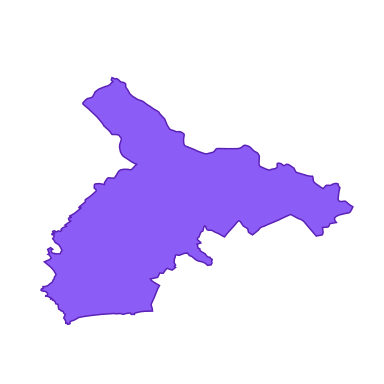 the district of Quynh Luu, Nghệ An, Vietnam, rotated 85°
{"feature_id": "81297802B4221517004962", "entity_name": "Quynh Luu", "entity_type": "district", "adm_level": 2, "iso_a3": "VNM", "parent_name": "Vietnam", "parent_adm1": "Nghệ An", "projection": "equal_earth", "projection_center": [105.608, 19.233], "detail": "fine", "context": "isolated", "style": "filled", "palette": "violet", "viewbox_px": 384, "rotation_deg": 85, "n_neighbors": 0, "source": "geoboundaries", "source_scale": "gbopen_adm2", "svg_char_len": 6050}
<svg xmlns="http://www.w3.org/2000/svg" viewBox="0 0 384 384"><g transform="rotate(85 192 192)"><path d="M248.7,345.2L254.0,339.8L255.4,338.6L258.0,336.7L262.1,334.7L263.5,335.2L264.2,336.1L264.8,336.5L266.1,336.7L267.3,337.8L269.1,338.7L269.8,339.4L270.6,340.8L272.8,344.1L273.4,346.9L273.2,348.7L273.5,348.9L274.4,348.6L275.0,348.6L275.3,349.1L275.4,350.4L276.6,351.0L277.3,350.3L278.0,348.4L278.1,347.0L279.5,345.4L280.3,344.8L281.2,344.6L281.8,344.8L282.3,345.3L282.4,346.6L283.0,346.9L283.2,346.7L283.2,345.6L283.6,344.6L285.1,341.8L285.7,341.5L285.9,342.2L286.4,342.2L286.3,340.8L286.5,340.3L287.1,340.0L287.6,340.3L288.2,339.0L288.8,338.4L289.4,337.9L291.0,337.6L291.5,337.4L291.8,337.0L291.9,336.1L292.1,335.5L292.6,335.2L294.0,335.3L297.1,335.0L298.0,333.4L298.9,332.9L299.6,331.1L300.0,330.7L301.4,330.4L302.7,329.1L303.1,328.9L305.8,330.6L306.7,330.6L309.5,329.1L311.7,329.2L311.7,327.7L311.9,327.5L312.8,327.6L312.9,327.3L312.8,325.5L312.6,325.1L312.2,324.8L311.0,325.0L310.2,324.0L309.5,320.9L307.1,315.5L306.6,310.3L306.2,302.4L306.0,293.1L306.2,280.5L306.8,277.7L306.7,275.7L306.9,273.6L307.9,271.3L307.3,268.1L307.1,264.9L307.3,263.9L307.7,263.6L308.5,263.3L308.7,263.0L308.8,262.6L308.6,261.4L309.0,260.1L308.8,259.9L307.9,259.8L307.6,259.3L306.8,254.0L306.7,249.3L307.2,241.7L304.6,241.8L301.6,242.4L300.6,242.5L300.0,242.3L293.6,238.7L285.6,234.7L282.4,232.5L278.4,238.0L276.6,240.1L275.0,241.1L274.1,233.9L273.6,233.3L269.9,231.2L270.5,227.8L267.4,225.2L265.9,223.5L268.1,218.6L265.7,214.9L264.7,216.0L263.4,214.7L261.2,215.8L259.3,215.8L256.9,215.2L255.7,214.5L254.3,214.2L253.1,213.3L253.7,211.6L253.9,210.1L252.4,204.7L252.6,201.8L255.2,200.0L256.2,197.8L259.7,194.3L260.8,192.6L261.2,192.0L262.6,187.6L263.1,186.6L264.1,185.1L266.4,182.9L266.3,179.4L264.7,178.3L262.8,178.4L261.2,177.8L260.6,178.0L260.1,179.0L258.6,179.8L258.2,181.6L257.7,182.4L254.7,184.3L252.4,187.6L251.0,189.1L249.3,189.1L248.9,189.6L248.7,190.8L245.7,191.1L244.4,191.6L244.4,190.5L244.2,190.2L243.5,187.6L243.0,187.7L240.2,190.5L239.2,190.9L238.2,190.3L237.4,188.9L233.2,187.0L232.5,186.2L231.9,184.6L228.4,183.4L227.0,182.7L227.1,182.0L227.6,181.4L230.1,180.8L231.1,179.9L231.5,179.0L231.9,175.6L233.6,173.2L235.7,169.3L239.6,163.6L235.7,159.9L228.7,152.3L225.4,149.1L224.9,148.1L224.9,147.5L225.5,146.6L230.4,143.8L233.4,139.7L236.9,139.3L238.5,137.5L240.0,135.4L235.7,129.1L234.1,127.6L233.0,126.0L232.4,123.0L231.4,120.5L227.4,107.9L226.3,105.3L223.2,96.5L223.1,95.6L223.6,94.6L227.5,88.8L228.8,86.0L229.8,84.6L231.1,83.2L246.7,72.1L246.1,66.2L246.0,65.9L245.1,65.4L243.5,64.9L238.7,65.1L238.8,60.2L238.7,59.6L238.1,58.7L235.7,57.4L235.5,57.0L235.0,50.8L232.9,52.1L231.4,52.4L230.5,52.2L229.2,51.0L227.8,47.9L226.7,40.6L226.5,37.9L226.2,36.9L225.7,36.2L223.8,34.8L220.8,33.0L218.3,36.3L214.7,39.8L214.5,40.3L214.4,41.1L214.5,44.3L214.1,45.8L213.8,46.3L213.4,46.6L211.8,47.1L204.9,45.7L200.6,44.3L198.6,45.6L197.6,45.8L196.8,45.6L196.0,47.5L196.0,48.6L196.4,51.0L197.4,53.2L197.4,53.9L197.0,57.4L197.4,58.2L199.8,60.7L200.0,61.3L194.5,68.0L193.1,69.3L192.2,69.9L191.5,70.1L187.4,70.3L186.8,70.6L186.7,71.9L185.9,75.4L181.6,86.1L181.2,86.6L180.7,87.0L177.2,88.3L173.9,92.3L172.8,94.0L172.7,95.8L173.6,97.2L173.8,98.1L171.4,101.1L170.8,103.0L170.8,103.8L171.1,104.6L172.4,104.9L173.9,104.8L174.6,105.0L175.2,105.6L176.0,107.2L176.2,110.3L176.6,112.0L176.9,112.3L177.0,112.9L175.7,116.1L172.5,121.8L172.1,122.2L171.3,122.6L169.5,122.8L162.6,121.8L161.4,122.0L159.6,122.8L158.6,123.6L156.3,127.0L152.8,129.8L151.7,131.1L151.0,132.3L150.3,134.2L150.0,135.6L150.4,136.7L151.9,138.9L152.4,140.1L152.8,142.6L151.9,153.2L150.9,162.9L151.0,163.5L151.2,164.2L153.5,166.4L154.2,167.5L155.3,174.2L155.0,175.6L153.9,178.4L151.5,183.4L149.9,186.0L145.8,194.2L145.3,195.0L144.4,195.6L142.6,196.0L138.7,195.8L134.6,194.8L133.6,194.9L132.7,195.8L131.4,197.5L130.8,199.0L130.5,202.7L129.1,205.2L128.3,207.4L127.3,208.8L123.4,210.8L116.8,212.9L111.6,217.0L109.5,218.1L108.9,218.7L105.8,223.1L102.9,226.5L101.0,229.1L97.7,232.7L97.1,233.5L95.6,237.0L95.0,238.2L91.6,242.7L90.5,243.8L88.5,245.5L85.1,246.9L82.0,248.7L81.4,248.8L79.0,248.7L78.4,248.8L77.9,249.2L77.0,250.4L76.1,253.4L73.9,255.3L72.4,257.2L72.7,258.0L72.4,259.1L71.1,261.7L73.4,262.7L75.2,261.2L76.2,262.7L78.0,264.5L78.9,266.7L79.5,269.7L81.2,275.3L81.6,276.3L83.9,279.9L86.3,281.2L88.5,282.8L89.2,284.1L89.8,287.8L90.1,288.6L91.0,289.9L93.7,292.9L94.6,293.0L95.1,292.8L100.4,287.6L108.9,280.1L115.7,275.3L118.5,274.0L122.9,269.9L125.0,268.3L127.2,267.1L127.8,266.4L128.1,263.1L128.6,260.6L129.6,259.5L132.0,258.0L133.0,257.8L133.6,257.9L138.5,259.9L141.0,260.3L145.7,259.8L148.5,258.7L150.4,257.4L156.7,249.5L158.7,246.5L159.5,244.7L164.4,250.4L164.5,251.0L163.7,254.9L163.4,258.3L163.8,261.2L164.4,262.5L165.2,263.4L171.2,267.9L171.4,269.0L170.6,273.8L170.6,274.4L171.3,275.4L174.9,278.3L176.9,278.6L175.7,282.9L175.5,284.4L175.5,287.4L175.9,288.3L176.3,288.6L179.5,289.1L181.3,287.4L181.9,287.3L182.9,287.6L187.4,293.7L190.2,298.7L190.8,299.1L192.4,299.1L192.8,299.5L196.6,305.0L197.5,306.0L197.9,305.8L197.6,304.4L197.7,304.1L198.3,304.0L198.6,304.4L203.0,310.9L204.7,314.5L205.2,315.9L205.5,315.9L206.5,314.5L206.8,314.5L207.0,316.3L207.3,317.1L207.8,317.4L209.4,316.9L210.4,315.4L213.9,321.5L215.2,320.1L216.2,323.5L216.8,324.5L217.8,325.7L219.0,325.2L219.6,326.5L219.7,327.4L219.2,328.0L219.1,328.9L219.8,330.1L219.9,330.8L218.9,331.9L218.7,332.3L218.7,333.4L219.2,334.3L219.6,334.3L220.7,332.6L221.1,332.4L221.3,332.7L221.4,333.1L221.3,334.9L221.6,335.2L222.0,335.3L222.4,335.0L222.7,333.9L223.0,333.3L224.0,333.1L226.4,334.9L228.1,333.6L230.4,332.7L232.7,329.6L234.6,328.3L238.8,326.6L240.4,327.9L241.8,328.5L242.0,329.4L241.9,332.1L241.5,332.8L241.8,333.4L241.8,333.7L241.1,334.4L240.9,336.1L240.1,336.9L239.1,337.2L237.4,337.2L236.9,335.7L235.1,337.7L236.5,340.7L236.9,340.9L238.1,340.0L238.5,339.9L239.0,340.3L239.3,340.2L240.2,339.4L240.6,339.4L241.6,340.9L241.9,340.1L242.4,339.7L243.6,338.9L245.5,338.0L246.9,339.8L248.7,345.2Z" fill="#8b5cf6" stroke="#5b21b6" stroke-width="1.5"/></g></svg>